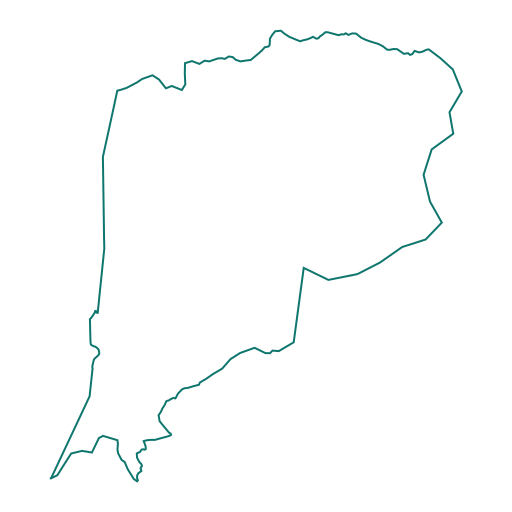 Santa Ana Ateixtlahuaca, Oaxaca, Mexico
{"feature_id": "50627088B25341473953732", "entity_name": "Santa Ana Ateixtlahuaca", "entity_type": "district", "adm_level": 2, "iso_a3": "MEX", "parent_name": "Mexico", "parent_adm1": "Oaxaca", "projection": "robinson", "projection_center": [-96.894, 18.22], "detail": "fine", "context": "isolated", "style": "outline", "palette": "teal", "viewbox_px": 512, "rotation_deg": 0, "n_neighbors": 0, "source": "geoboundaries", "source_scale": "gbopen_adm2", "svg_char_len": 3098}
<svg xmlns="http://www.w3.org/2000/svg" viewBox="0 0 512 512"><path d="M428.8,49.4L426.6,49.7L422.6,51.6L419.0,52.4L414.6,50.9L412.3,54.1L410.0,54.9L408.1,53.2L403.8,53.8L400.1,51.2L397.2,49.2L393.6,49.0L389.7,49.8L387.2,49.7L382.9,46.3L378.3,43.9L375.2,43.0L368.5,40.9L364.7,39.4L361.1,37.6L356.1,33.6L352.2,33.4L348.4,34.9L345.7,33.3L343.9,34.4L341.3,34.3L338.7,35.2L333.0,33.7L327.9,32.3L325.4,32.2L322.5,34.7L319.7,36.6L318.5,38.2L316.5,38.7L312.9,36.8L310.5,38.1L307.1,39.4L303.0,40.3L300.3,41.3L296.9,40.0L292.4,38.1L289.2,36.8L284.2,33.5L280.9,30.7L275.1,31.3L272.0,35.2L269.9,38.8L269.7,44.9L268.5,46.5L264.7,47.3L262.0,50.4L258.6,53.4L250.7,60.0L246.2,60.5L243.0,61.0L240.3,61.4L235.6,59.7L232.7,57.1L228.8,56.5L226.3,58.0L224.7,58.9L221.6,58.2L217.7,58.5L209.2,61.4L204.6,60.7L199.4,63.9L192.0,61.1L185.0,63.2L184.8,73.6L185.3,84.4L181.9,90.0L171.7,86.0L165.9,88.3L162.5,84.0L159.1,79.6L152.5,75.3L142.3,78.9L136.7,82.6L126.8,87.8L121.8,89.5L117.3,90.7L114.7,102.6L114.6,103.3L103.5,154.1L102.9,156.9L104.1,239.7L104.3,248.6L100.5,285.6L99.6,294.0L98.9,301.3L97.7,312.8L97.3,312.7L96.8,312.6L96.5,312.6L96.4,312.5L96.4,312.1L96.4,311.8L96.3,311.5L96.0,311.2L95.7,310.9L95.4,310.9L95.2,311.0L94.7,312.7L94.4,313.1L94.1,313.6L93.3,314.9L92.4,316.2L91.7,317.0L91.3,317.8L90.8,318.2L90.3,318.8L90.1,319.1L89.9,319.2L90.5,342.1L90.7,343.6L90.9,344.4L91.4,345.0L91.7,345.2L92.6,345.7L94.4,346.5L95.4,346.7L95.8,347.0L98.1,348.9L98.6,349.8L98.9,350.8L99.2,352.5L99.2,353.6L98.8,354.5L98.3,355.3L95.5,357.8L94.5,358.7L93.9,359.8L93.3,361.8L92.3,366.6L92.4,367.8L92.6,368.3L91.4,379.4L89.6,396.3L51.5,477.4L50.2,478.8L50.6,478.6L57.0,475.4L57.3,475.3L62.8,466.6L67.1,459.8L71.2,453.5L74.8,452.6L82.1,450.9L91.9,452.5L98.9,438.1L103.0,435.9L109.1,437.7L117.4,440.2L117.9,443.3L117.7,446.3L117.5,449.8L117.7,450.8L118.2,453.5L121.6,459.9L124.6,461.9L127.6,468.9L128.8,470.9L131.8,475.7L133.8,479.0L134.1,479.2L137.1,481.3L137.9,480.3L137.0,477.8L137.2,475.2L138.4,473.2L139.8,472.2L141.4,470.9L140.5,468.2L142.0,465.9L141.3,464.1L139.5,462.1L138.2,460.0L137.0,457.4L136.8,453.4L137.8,452.9L140.1,451.9L141.1,450.2L142.0,449.4L143.2,449.3L144.7,449.7L145.8,449.0L145.6,446.2L143.7,441.1L147.0,440.2L150.6,439.9L154.9,439.9L157.4,439.2L158.1,439.0L161.6,438.0L164.3,437.3L167.3,436.5L169.4,435.8L169.6,435.8L171.1,434.8L170.6,433.5L169.2,432.8L167.6,430.9L162.8,425.2L159.6,421.1L158.6,415.2L160.7,412.2L162.6,408.1L164.5,405.3L166.5,401.0L168.6,400.5L171.2,398.9L173.3,397.9L175.4,398.4L176.1,397.2L178.0,393.6L182.1,389.3L184.5,388.3L188.2,387.8L193.4,386.2L198.4,384.9L198.9,384.8L199.9,382.5L202.8,380.8L205.2,379.4L206.7,378.5L206.9,378.3L212.9,374.1L222.2,368.6L230.5,359.1L240.1,353.0L254.6,347.8L265.4,353.1L270.0,353.2L272.5,350.6L278.8,351.1L293.7,342.3L302.8,274.8L303.7,267.9L328.4,279.9L357.4,274.1L379.9,262.6L402.2,247.0L425.6,239.5L436.0,228.7L441.8,222.6L440.4,220.1L430.0,201.6L423.6,174.8L427.5,162.4L431.7,149.4L436.2,146.1L453.3,133.7L453.0,132.2L449.5,112.2L461.4,92.1L461.8,91.5L460.4,88.1L452.8,69.4L440.3,58.1L428.8,49.4Z" fill="none" stroke="#0f766e" stroke-width="2"/></svg>